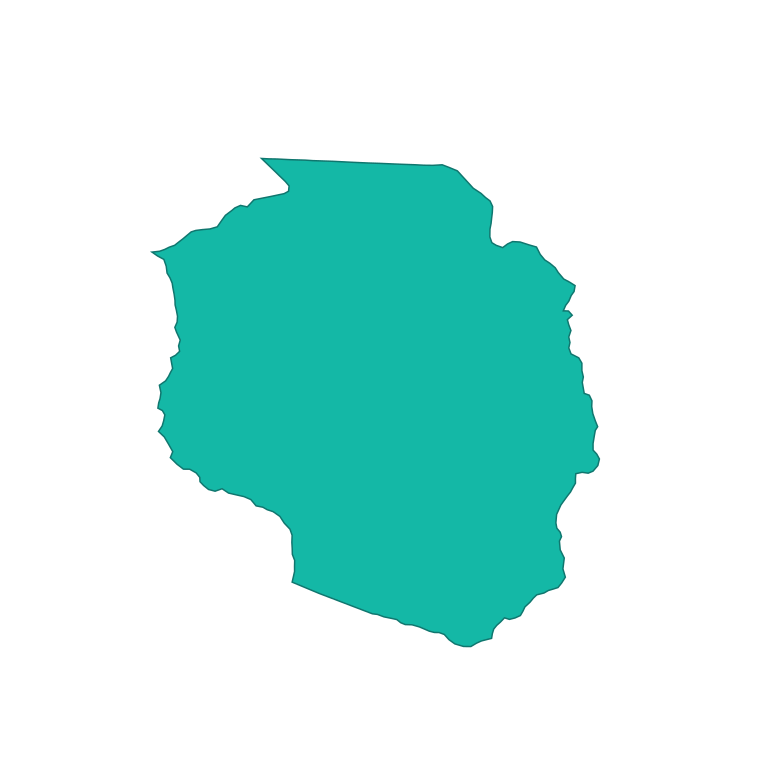 outline of Ocara, Ceará, Brazil, rotated 309°
{"feature_id": "56859067B33853151624364", "entity_name": "Ocara", "entity_type": "district", "adm_level": 2, "iso_a3": "BRA", "parent_name": "Brazil", "parent_adm1": "Ceará", "projection": "natural_earth1", "projection_center": [-38.509, -4.524], "detail": "fine", "context": "isolated", "style": "filled", "palette": "teal", "viewbox_px": 768, "rotation_deg": 309, "n_neighbors": 0, "source": "geoboundaries", "source_scale": "gbopen_adm2", "svg_char_len": 3027}
<svg xmlns="http://www.w3.org/2000/svg" viewBox="0 0 768 768"><g transform="rotate(309 384 384)"><path d="M280.0,629.6L284.7,633.1L289.9,635.7L295.0,634.9L299.4,633.8L306.5,634.8L311.5,634.8L316.3,635.4L322.3,639.9L327.0,641.7L330.9,644.4L335.3,647.3L341.0,647.3L348.0,646.5L352.9,639.4L362.2,633.6L366.0,625.3L372.3,619.2L377.1,618.0L379.7,614.2L380.7,609.1L384.2,605.0L391.3,600.2L401.3,597.6L406.4,597.3L412.3,597.0L417.5,596.9L422.2,596.0L427.4,595.2L431.1,592.2L435.0,589.5L440.0,593.5L443.2,598.8L447.8,601.3L455.2,601.5L461.3,598.6L463.4,593.5L464.2,588.1L469.2,584.0L475.3,580.5L480.9,577.4L485.3,576.9L488.3,571.5L492.4,564.9L497.2,559.6L501.8,556.2L504.5,550.6L502.7,545.5L506.1,541.6L510.0,537.1L514.9,534.5L518.9,529.4L524.7,524.7L526.9,518.9L525.1,510.4L528.3,504.9L533.3,502.4L536.8,498.0L543.2,495.6L546.3,490.3L549.4,486.0L555.9,487.0L556.8,481.4L553.7,477.3L559.4,475.7L564.7,475.5L570.6,473.8L575.5,473.5L580.7,470.6L580.0,464.5L578.7,457.6L580.3,449.2L582.1,443.9L582.2,436.9L581.6,430.9L583.0,423.9L586.4,416.3L583.4,409.2L580.0,400.4L575.6,394.3L570.6,391.9L564.7,390.4L562.4,384.0L561.7,378.9L564.9,373.7L571.0,368.9L576.1,366.2L580.9,363.1L585.5,360.2L590.3,356.7L593.0,351.2L592.8,345.6L593.2,339.5L592.3,330.2L593.7,320.9L595.8,306.9L593.3,298.4L591.0,291.3L584.7,284.4L579.1,277.3L573.8,270.0L565.3,258.7L560.6,252.4L552.6,241.6L545.7,232.5L536.1,219.5L525.1,204.4L512.7,188.0L508.4,181.9L499.5,170.2L491.4,159.1L486.4,152.7L482.2,146.9L480.6,165.3L480.0,171.6L479.3,179.8L478.2,185.6L473.7,188.5L469.1,186.6L458.5,178.0L445.3,167.0L435.6,166.3L432.5,160.1L427.0,157.3L422.9,156.5L415.3,154.6L409.6,154.9L401.2,155.5L394.9,151.1L389.9,145.9L384.9,141.1L380.8,138.4L375.6,137.4L370.0,136.3L365.4,135.2L360.0,134.0L355.2,131.0L350.6,128.9L346.0,126.1L340.5,120.7L341.0,127.6L342.3,134.5L338.5,140.6L333.7,145.6L331.8,150.9L329.1,155.9L325.9,159.4L321.7,164.4L317.5,168.9L314.0,171.9L310.6,176.3L306.7,180.9L301.9,184.3L296.4,185.8L293.7,190.2L289.9,198.0L284.3,200.4L280.8,204.6L275.1,203.9L270.1,201.7L266.4,206.0L263.0,210.0L258.6,210.8L254.3,211.8L249.0,212.3L241.7,210.2L236.9,216.1L231.8,219.1L227.5,220.8L222.9,223.5L223.9,228.5L222.1,233.1L216.6,236.0L211.8,238.0L205.2,238.6L204.6,246.5L201.7,254.3L198.5,262.4L192.3,264.3L191.4,273.6L191.6,281.7L195.5,286.6L196.7,294.0L195.5,299.6L192.3,302.5L191.6,307.7L191.6,314.0L194.4,320.2L200.7,324.1L201.4,331.8L204.9,339.0L208.4,346.1L210.4,353.2L208.8,361.3L212.0,367.4L212.8,372.3L215.0,378.1L215.6,386.4L213.1,394.1L212.0,402.3L208.6,407.8L202.9,412.1L198.5,416.1L193.9,420.0L190.7,425.6L185.9,429.3L182.0,432.5L176.5,435.2L172.2,437.3L180.4,465.3L198.1,519.6L200.8,523.9L203.0,530.5L206.5,537.2L209.0,542.2L209.0,547.2L210.4,551.9L214.5,557.3L217.5,564.4L219.1,570.0L220.4,574.7L222.6,579.5L225.5,583.2L227.3,588.5L226.2,595.4L226.6,602.6L230.1,611.0L234.6,616.7L240.8,619.0L245.6,621.4L250.2,624.8L254.0,627.7L258.2,625.3L262.6,623.5L267.4,623.5L272.2,624.3L278.1,624.8L280.0,629.6Z" fill="#14b8a6" stroke="#0f766e" stroke-width="1.5"/></g></svg>